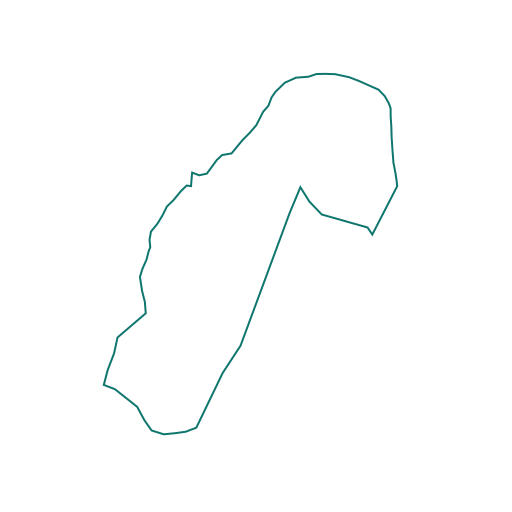 Asajaya, Sarawak, Malaysia (Albers equal-area conic projection), rotated 291°
{"feature_id": "92858781B82892950401115", "entity_name": "Asajaya", "entity_type": "district", "adm_level": 2, "iso_a3": "MYS", "parent_name": "Malaysia", "parent_adm1": "Sarawak", "projection": "albers", "projection_center": [110.63, 1.527], "detail": "fine", "context": "isolated", "style": "outline", "palette": "teal", "viewbox_px": 512, "rotation_deg": 291, "n_neighbors": 0, "source": "geoboundaries", "source_scale": "gbopen_adm2", "svg_char_len": 1055}
<svg xmlns="http://www.w3.org/2000/svg" viewBox="0 0 512 512"><g transform="rotate(291 256 256)"><path d="M74.3,261.8L134.8,266.8L166.7,273.7L308.1,272.0L336.1,272.8L325.9,286.4L318.3,302.5L320.9,331.3L322.6,349.9L317.7,356.9L371.7,362.8L376.1,360.6L383.7,356.3L392.3,350.9L403.7,345.5L415.6,340.0L425.9,335.7L434.1,331.9L442.2,328.7L446.0,325.4L451.4,318.9L455.2,310.8L455.8,298.3L456.3,289.6L456.3,278.8L454.1,264.7L450.9,255.5L447.6,247.3L442.2,240.8L436.8,229.4L428.1,220.8L416.2,215.3L409.7,213.7L400.5,213.7L393.4,211.0L378.2,209.4L369.0,206.1L359.2,201.8L351.1,199.1L343.0,196.4L338.1,188.2L331.6,185.0L315.3,180.6L311.0,174.1L311.0,166.5L305.0,168.2L298.0,170.3L296.9,166.0L289.8,162.7L278.5,158.9L270.3,155.1L260.0,154.1L250.8,152.4L241.1,149.2L232.9,150.8L226.4,154.1L221.5,154.1L213.4,155.1L203.6,154.6L195.0,155.1L182.5,162.2L173.3,168.7L163.0,173.6L130.3,155.9L114.2,158.4L96.4,158.4L81.1,160.1L81.1,172.0L72.6,199.1L62.5,210.9L55.7,221.1L56.5,233.8L61.6,244.0L66.7,253.3L74.3,261.8Z" fill="none" stroke="#0f766e" stroke-width="2"/></g></svg>